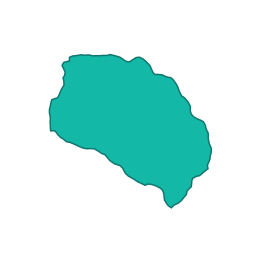 the district of Onda Verde, São Paulo, Brazil, rotated 239°
{"feature_id": "56859067B56132277952557", "entity_name": "Onda Verde", "entity_type": "district", "adm_level": 2, "iso_a3": "BRA", "parent_name": "Brazil", "parent_adm1": "São Paulo", "projection": "robinson", "projection_center": [-49.245, -20.61], "detail": "fine", "context": "isolated", "style": "filled", "palette": "teal", "viewbox_px": 256, "rotation_deg": 239, "n_neighbors": 0, "source": "geoboundaries", "source_scale": "gbopen_adm2", "svg_char_len": 1864}
<svg xmlns="http://www.w3.org/2000/svg" viewBox="0 0 256 256"><g transform="rotate(239 128 128)"><path d="M165.4,60.2L163.5,63.7L161.2,64.2L158.0,64.5L154.6,65.4L151.5,67.0L148.0,68.2L145.4,71.0L143.1,72.7L140.8,74.3L137.3,76.7L133.9,79.2L131.5,81.9L129.8,85.1L127.4,88.5L122.5,91.1L119.7,92.3L117.1,94.5L112.3,95.2L109.7,95.6L107.5,96.5L104.1,98.1L99.9,101.8L96.1,102.8L93.2,102.5L90.4,102.5L86.7,103.5L82.3,106.0L80.2,107.1L76.8,108.7L72.5,111.6L70.1,113.1L69.7,116.3L67.5,119.2L63.9,122.2L60.1,124.6L56.9,125.6L53.5,125.0L49.8,123.2L47.4,122.2L44.1,122.2L40.6,122.5L37.3,124.0L38.2,128.0L37.7,132.1L38.3,136.2L39.6,139.9L41.0,143.9L43.4,146.0L44.4,148.9L45.1,152.0L47.7,154.0L49.9,155.5L51.5,157.5L51.4,161.6L50.3,164.8L50.8,167.6L51.5,172.2L51.9,175.6L55.1,176.8L57.0,179.4L59.2,182.3L61.5,183.8L63.2,185.8L66.0,188.0L68.9,189.2L72.4,189.5L75.4,190.5L77.9,191.5L80.6,193.2L82.8,194.2L85.7,194.3L88.0,194.9L91.0,195.7L94.6,195.8L97.8,193.9L100.4,191.9L102.9,190.5L105.3,189.6L107.9,189.5L110.6,190.2L114.3,192.6L119.4,192.9L125.0,191.9L127.8,190.5L133.6,190.9L136.2,191.6L140.4,192.0L142.7,191.8L146.2,191.6L149.2,190.5L150.8,188.5L153.1,186.5L156.1,184.5L158.6,181.1L160.2,178.5L162.4,178.0L164.9,178.3L167.2,178.5L169.8,179.0L175.9,177.7L179.4,176.4L182.7,174.4L184.2,171.2L184.1,167.6L184.0,163.1L186.0,160.7L188.2,159.7L192.4,157.8L194.6,156.0L198.2,152.5L200.1,150.6L200.9,147.6L203.0,144.1L204.3,141.4L206.3,138.1L208.1,134.8L210.9,132.0L212.6,128.5L214.8,125.6L217.0,120.2L218.3,117.5L218.7,114.2L215.6,112.3L216.6,109.4L217.3,106.7L215.6,103.7L211.4,103.3L208.0,102.8L205.7,100.7L204.4,98.1L201.3,97.2L197.7,95.2L195.6,91.1L193.2,87.7L191.5,85.5L190.2,83.1L190.9,80.2L191.5,77.3L188.8,74.4L186.6,72.5L184.1,70.0L180.9,68.2L177.8,67.2L175.3,65.8L172.8,64.0L170.4,62.9L168.0,61.5L165.4,60.2Z" fill="#14b8a6" stroke="#0f766e" stroke-width="1.5"/></g></svg>